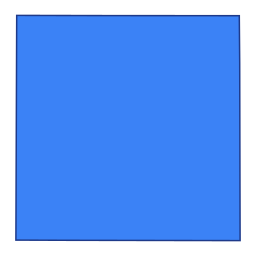 outline of Cuming, Nebraska, United States of America
{"feature_id": "52423323B98097136535369", "entity_name": "Cuming", "entity_type": "district", "adm_level": 2, "iso_a3": "USA", "parent_name": "United States of America", "parent_adm1": "Nebraska", "projection": "orthographic", "projection_center": [-96.807, 41.916], "detail": "fine", "context": "isolated", "style": "filled", "palette": "blue", "viewbox_px": 256, "rotation_deg": 0, "n_neighbors": 0, "source": "geoboundaries", "source_scale": "gbopen_adm2", "svg_char_len": 220}
<svg xmlns="http://www.w3.org/2000/svg" viewBox="0 0 256 256"><path d="M15.9,240.1L70.9,240.3L240.1,240.6L239.7,63.6L239.3,15.7L110.6,15.6L16.7,15.4L15.9,240.1Z" fill="#3b82f6" stroke="#1e3a8a" stroke-width="1.5"/></svg>